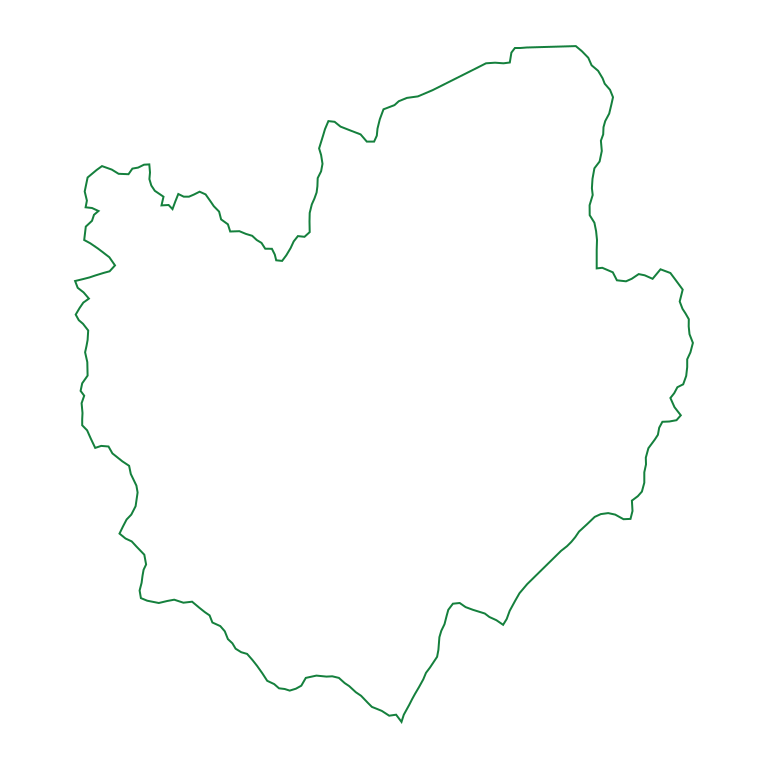 the district of Olímpia, São Paulo, Brazil
{"feature_id": "56859067B84297955645286", "entity_name": "Olímpia", "entity_type": "district", "adm_level": 2, "iso_a3": "BRA", "parent_name": "Brazil", "parent_adm1": "São Paulo", "projection": "robinson", "projection_center": [-48.975, -20.708], "detail": "fine", "context": "isolated", "style": "outline", "palette": "green", "viewbox_px": 768, "rotation_deg": 0, "n_neighbors": 0, "source": "geoboundaries", "source_scale": "gbopen_adm2", "svg_char_len": 3784}
<svg xmlns="http://www.w3.org/2000/svg" viewBox="0 0 768 768"><path d="M96.6,170.0L87.6,177.5L84.7,191.5L86.9,200.6L85.6,207.3L92.0,208.0L98.5,211.0L94.0,214.8L92.0,220.8L85.8,226.6L84.2,240.0L90.3,243.3L97.9,248.5L109.3,257.2L115.0,265.4L109.6,271.3L104.0,272.8L95.2,275.5L89.6,277.4L83.0,279.1L75.1,281.0L77.7,287.8L83.6,292.4L88.9,298.6L83.3,302.6L79.6,308.0L75.7,314.6L78.8,320.2L83.0,323.8L88.2,330.5L87.6,340.0L86.5,346.0L85.1,352.3L87.3,362.1L87.6,375.6L82.2,383.3L80.6,390.9L84.2,395.7L81.6,403.2L82.5,413.0L82.2,419.2L82.2,425.3L87.1,430.3L90.7,438.4L95.2,447.9L101.2,445.9L108.5,446.5L112.4,453.4L122.3,461.3L129.1,465.8L130.8,474.0L133.6,479.8L136.4,485.6L137.6,492.5L136.5,500.0L135.6,506.2L131.3,514.6L126.6,519.5L122.9,526.6L119.5,533.6L125.5,538.5L131.7,541.4L136.5,546.6L144.3,554.7L146.1,564.5L143.6,569.7L142.5,575.9L141.6,582.8L139.6,590.5L140.9,598.1L147.2,600.7L158.8,603.0L167.2,601.0L174.2,599.7L183.4,602.7L192.1,601.7L199.4,607.8L204.8,612.1L209.6,615.4L212.4,622.5L220.3,626.1L224.8,631.3L227.9,639.1L232.4,643.3L235.6,648.7L241.2,652.2L247.1,653.9L252.2,659.7L257.1,665.9L262.4,673.4L267.2,680.8L274.2,684.1L279.0,688.3L284.7,689.0L289.7,690.6L295.9,688.7L301.3,685.7L305.8,677.9L316.4,675.6L326.5,676.6L332.3,676.3L338.9,677.9L344.7,683.1L349.2,686.1L355.8,692.2L361.1,695.8L367.7,702.7L371.9,706.9L376.7,708.8L381.8,710.9L389.2,715.7L396.1,714.7L401.5,721.9L403.8,714.7L409.2,704.9L412.3,698.8L415.0,693.9L419.0,687.1L423.3,679.3L426.0,672.8L430.0,667.5L437.1,656.8L438.4,649.9L439.4,637.2L441.3,630.8L444.5,624.2L446.7,615.6L448.3,609.8L452.9,603.7L459.7,603.0L465.6,607.1L472.9,609.8L484.8,613.5L489.4,617.0L496.4,620.2L503.1,624.8L506.7,619.0L509.7,610.8L515.2,600.7L519.5,593.2L527.1,584.2L561.1,550.8L567.0,546.2L571.4,541.8L575.2,537.2L579.0,531.6L587.6,523.7L594.7,516.9L600.8,514.1L608.2,513.1L615.2,514.6L623.5,519.2L630.5,518.9L632.5,511.0L631.9,500.6L637.8,496.2L641.9,491.6L644.3,482.7L644.3,472.3L646.0,464.4L645.8,457.7L648.4,448.2L654.7,439.7L657.9,434.8L659.2,427.7L662.4,421.8L669.3,421.5L676.5,420.2L680.8,415.3L674.5,407.2L670.4,398.0L674.2,393.2L677.4,387.2L683.2,384.3L686.2,375.9L687.2,367.1L687.2,359.3L690.4,352.4L692.9,342.9L689.5,334.2L688.7,326.4L688.8,319.2L685.6,313.6L682.5,308.8L679.7,301.5L682.7,289.6L675.7,280.1L670.4,273.0L660.5,269.3L652.6,278.8L644.7,275.3L638.7,274.1L631.7,278.8L626.0,281.3L616.9,280.3L612.8,272.3L602.3,267.8L596.7,268.4L596.7,259.1L596.7,249.7L597.0,240.0L596.1,231.2L594.4,222.7L589.7,215.2L589.6,205.2L592.7,195.0L591.9,188.2L592.5,178.8L594.4,168.3L599.6,161.5L601.8,151.0L600.9,140.7L603.2,134.4L603.5,127.2L605.2,121.1L609.2,113.6L611.4,104.4L613.0,97.2L610.0,89.8L604.7,83.7L602.6,78.3L598.1,70.8L591.6,65.3L588.3,57.8L582.0,51.3L575.8,46.1L526.7,47.5L520.3,48.0L514.9,48.0L511.4,52.6L509.8,62.5L503.5,63.3L495.1,62.7L486.0,63.3L479.9,66.4L432.7,90.1L417.9,96.4L406.9,97.9L398.8,101.2L394.5,105.1L383.5,109.3L379.8,119.3L377.5,128.6L376.8,135.7L374.1,141.6L366.8,141.6L360.6,134.4L351.2,130.8L340.5,126.6L334.6,121.8L328.4,121.1L325.0,129.1L323.1,135.5L319.1,148.4L321.1,155.0L322.5,163.8L321.1,171.3L317.7,178.1L317.4,186.3L316.6,192.5L314.4,198.6L311.8,204.4L309.7,212.9L309.5,221.4L309.7,232.1L304.5,236.8L297.9,236.1L293.7,241.4L290.6,248.1L286.3,255.3L282.1,260.9L276.2,260.3L274.8,254.6L271.9,248.8L265.2,248.7L261.5,242.9L256.7,240.0L252.2,235.8L245.9,233.9L239.4,231.2L230.2,231.5L227.9,224.3L221.1,219.4L219.1,211.6L213.8,206.2L210.6,201.5L205.6,194.4L199.6,191.7L193.8,194.6L188.9,196.7L183.8,196.7L178.3,194.0L175.3,201.5L172.5,209.1L168.6,205.0L161.5,205.4L163.5,196.7L154.8,190.8L151.3,185.5L149.4,179.1L150.0,172.5L149.3,164.4L144.0,164.7L138.1,167.6L132.4,168.6L128.5,174.2L118.6,173.8L111.8,169.6L102.0,166.1L96.6,170.0Z" fill="none" stroke="#15803d" stroke-width="2"/></svg>